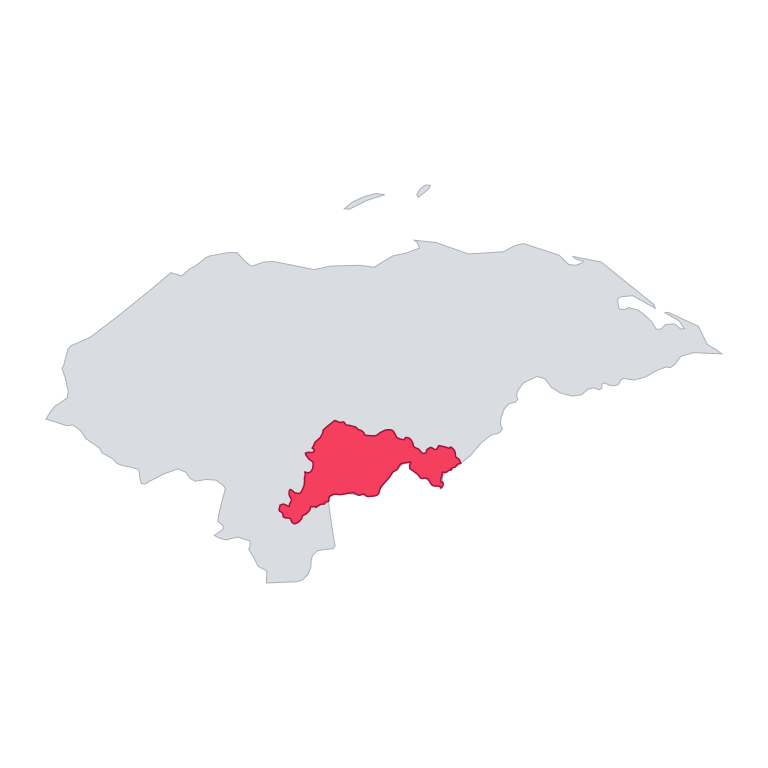 location of El Paraíso within Honduras
{"feature_id": "HND-662", "entity_name": "El Paraíso", "entity_type": "Department", "adm_level": 1, "iso_a3": "HND", "parent_name": "Honduras", "parent_adm1": "", "projection": "orthographic", "projection_center": [-86.385, 13.965], "detail": "fine", "context": "in_parent", "style": "filled", "palette": "rose", "viewbox_px": 768, "rotation_deg": 0, "n_neighbors": 0, "source": "natural_earth", "source_scale": "10m", "svg_char_len": 6177}
<svg xmlns="http://www.w3.org/2000/svg" viewBox="0 0 768 768"><path d="M721.9,353.9L693.9,352.6L680.8,356.3L675.1,364.2L670.1,367.7L666.0,367.0L657.6,370.1L645.0,377.2L633.6,380.0L623.4,378.4L620.5,380.2L619.7,382.4L618.2,384.7L614.3,385.9L609.7,385.3L604.6,382.9L601.9,384.0L601.7,388.5L598.9,389.8L593.7,387.7L587.8,389.4L581.4,394.8L572.2,396.1L560.4,393.0L551.2,387.2L544.7,378.6L536.9,376.4L523.4,383.0L517.7,390.6L516.5,395.2L517.9,399.3L515.4,402.1L509.1,403.6L504.3,408.7L501.1,417.6L500.4,424.4L502.4,429.2L499.3,432.8L491.0,435.1L481.3,442.7L470.1,455.8L458.9,464.9L447.7,470.1L442.3,475.8L442.7,482.1L442.1,484.0L439.9,484.8L436.3,485.7L414.7,472.0L408.5,462.5L403.2,464.0L396.4,468.8L386.9,479.5L376.7,494.1L371.7,495.7L346.2,493.6L332.7,494.8L329.9,496.8L328.6,502.1L329.4,509.3L333.1,535.0L335.1,545.5L333.1,548.8L326.2,549.3L317.3,550.8L312.4,555.6L311.2,560.6L310.7,567.6L307.9,574.7L302.3,579.9L296.8,581.7L266.3,583.0L266.9,571.1L258.1,566.3L253.1,556.3L248.8,549.6L250.2,545.6L249.8,540.8L237.4,537.1L225.8,539.9L219.1,538.0L214.2,535.4L222.7,529.6L223.3,526.0L220.6,523.4L217.8,521.7L218.7,515.0L220.5,507.2L225.3,488.9L223.6,485.7L215.9,480.1L206.0,479.5L195.2,481.2L190.0,478.3L185.5,472.0L177.8,468.9L164.1,473.8L149.6,481.3L145.1,484.0L141.4,483.6L139.8,477.9L139.2,471.2L138.3,469.5L130.6,467.1L121.6,465.3L117.0,463.4L112.7,458.8L102.0,452.8L99.7,448.3L85.4,438.2L82.5,433.1L79.3,429.5L72.4,424.8L67.0,425.8L48.8,419.9L46.1,419.3L48.7,414.3L54.5,406.6L67.1,398.1L68.3,391.0L65.2,377.5L62.0,368.8L63.8,364.9L67.9,349.3L71.0,345.7L89.1,337.9L90.8,336.9L105.2,325.9L121.1,313.7L137.6,300.3L156.1,285.3L166.3,276.5L171.0,272.7L181.5,275.9L189.8,268.8L194.7,266.4L205.9,257.9L209.4,256.0L228.2,252.6L237.2,252.7L245.1,261.5L251.4,266.3L263.3,262.2L273.2,261.4L314.2,269.6L330.5,266.1L360.5,265.3L373.9,267.3L392.9,255.8L405.1,253.5L419.5,248.1L417.5,242.6L414.1,240.2L435.9,242.5L468.5,254.0L503.2,251.8L515.6,245.4L523.7,243.6L559.3,255.3L568.7,264.5L576.0,265.3L581.7,263.2L583.2,261.2L576.2,259.3L573.0,256.5L601.0,261.9L654.2,304.8L655.3,308.3L632.6,295.7L620.7,296.8L617.6,298.9L618.4,305.9L619.5,309.2L624.6,309.5L628.4,307.6L637.7,309.8L643.9,314.4L651.5,321.4L656.1,329.1L660.9,329.2L665.6,324.5L674.6,323.8L680.5,329.0L684.6,328.6L678.7,320.6L665.0,312.7L668.3,312.3L698.5,326.4L707.3,344.5L714.4,348.5L721.9,353.9ZM367.1,200.3L349.7,209.1L344.3,208.9L352.3,202.1L365.1,196.3L375.9,193.5L384.8,194.7L367.1,200.3ZM426.4,190.9L418.2,197.4L416.7,194.5L420.6,188.5L425.6,185.0L430.4,185.3L429.3,187.9L426.4,190.9Z" fill="#d9dde1" stroke="#a8b0b8" stroke-width="1"/><path d="M460.7,463.3L459.7,463.5L457.4,464.3L456.3,465.9L455.3,467.0L451.4,468.2L451.8,469.3L451.5,469.5L451.2,469.5L451.0,470.1L450.4,470.1L449.4,469.8L447.2,471.8L445.8,472.4L443.9,472.3L442.8,472.1L442.2,472.7L442.1,475.1L441.0,478.5L440.6,480.7L441.0,481.7L442.6,482.2L443.3,483.5L443.0,485.2L442.1,487.1L441.4,487.8L441.1,488.0L441.1,487.9L440.9,487.9L439.4,486.2L437.2,486.0L434.6,486.1L432.2,485.3L430.5,483.2L429.4,480.9L428.1,478.9L425.7,477.9L424.2,478.0L423.2,478.4L422.2,478.6L420.7,478.1L419.9,477.4L417.6,474.2L409.8,468.6L409.5,465.6L410.7,463.2L410.7,462.0L402.4,463.2L400.9,464.0L399.6,465.1L399.1,466.1L398.6,467.2L397.9,468.6L396.6,470.0L395.3,470.7L394.0,471.2L392.8,471.9L389.1,477.8L381.9,485.6L380.2,488.3L379.3,491.7L378.7,493.4L377.4,494.8L375.8,495.6L373.8,496.1L368.1,496.5L367.3,496.4L366.3,496.0L365.7,495.6L363.9,493.8L362.3,494.0L360.9,494.8L359.3,495.3L357.3,494.8L353.7,492.7L349.4,493.0L340.5,494.7L335.7,494.1L333.4,494.3L330.9,495.5L329.7,496.4L329.1,496.9L328.9,497.6L328.7,499.1L328.6,501.1L326.9,501.8L326.1,502.0L325.3,502.6L324.4,504.0L323.7,504.1L322.8,504.1L321.0,504.3L320.1,504.6L315.9,507.4L315.4,506.5L312.2,506.8L311.6,506.6L310.9,506.4L310.6,506.8L310.3,508.8L309.8,509.9L309.0,511.1L307.2,513.0L306.0,513.9L305.2,514.5L303.6,515.0L302.3,516.1L301.9,517.0L301.7,518.7L299.2,521.6L295.8,523.5L295.1,523.8L293.7,523.6L291.8,522.1L290.9,519.9L290.8,518.9L289.9,518.2L284.9,517.8L283.3,516.9L283.0,515.5L282.6,513.4L281.9,512.8L280.9,511.7L279.7,511.3L279.0,509.9L280.1,505.1L283.5,504.0L288.8,506.3L289.3,506.4L289.3,505.9L289.6,504.0L290.5,502.2L291.3,501.0L291.4,499.2L290.1,496.9L289.5,496.0L289.2,494.8L289.1,493.2L289.2,491.6L289.3,490.8L289.5,490.3L290.3,489.5L291.9,490.2L294.4,492.5L295.3,492.9L297.9,493.4L299.7,493.4L300.2,493.0L302.0,490.6L304.1,485.5L304.6,480.3L304.4,478.1L304.7,476.6L305.2,475.5L305.3,474.6L305.2,473.8L304.8,472.1L308.6,472.8L310.4,471.9L311.6,470.5L312.8,468.2L313.2,463.8L313.0,462.5L312.7,461.8L311.9,461.3L308.9,459.1L306.0,455.2L305.4,453.2L307.7,452.3L309.2,452.3L311.0,452.6L313.3,452.3L314.4,450.0L314.3,449.6L313.8,449.0L313.2,448.7L312.3,448.4L312.2,448.0L312.4,447.5L313.6,445.8L315.0,442.2L320.3,437.5L322.4,433.8L323.2,430.1L326.8,426.7L334.9,420.4L339.6,422.4L340.2,422.5L341.3,422.4L341.7,422.2L342.0,422.1L343.1,421.9L343.6,422.0L344.0,422.2L345.1,423.5L345.7,424.6L346.1,425.1L346.6,425.3L347.4,425.1L349.7,425.4L355.8,427.1L358.0,429.3L358.4,429.6L360.9,430.3L363.0,431.8L363.5,432.4L364.0,433.1L364.6,434.7L365.1,435.1L366.1,435.4L374.2,435.9L375.5,435.8L376.2,435.4L378.7,433.9L379.7,432.9L380.3,432.5L380.9,432.2L381.5,432.0L382.7,431.3L384.3,430.5L386.4,429.9L387.5,429.7L390.3,429.8L391.7,430.1L392.7,430.6L393.7,431.7L396.6,437.0L397.4,437.9L400.5,439.1L403.2,439.7L404.1,439.6L404.6,439.2L405.0,438.3L405.2,437.9L405.6,437.6L406.1,437.4L406.6,437.5L408.5,437.9L409.7,438.5L410.8,439.5L412.2,441.7L412.8,443.2L413.2,444.8L413.4,445.8L413.9,446.7L414.8,447.4L419.0,449.3L421.2,452.2L422.4,453.2L423.2,453.4L424.6,453.3L425.4,453.0L426.0,452.6L426.3,452.1L426.4,451.6L426.5,450.4L426.7,449.9L427.0,449.5L427.3,449.2L428.5,448.6L429.0,448.3L429.4,447.9L429.9,447.6L430.8,447.5L431.8,447.7L433.3,448.7L434.3,449.3L435.8,449.5L436.5,449.4L437.0,448.9L438.2,446.3L438.7,445.8L439.4,445.7L444.6,446.8L448.7,448.1L449.5,448.2L449.8,448.1L450.0,447.3L450.5,447.1L451.5,447.4L453.2,448.9L454.2,450.1L454.9,451.5L455.4,453.8L455.4,455.1L455.6,456.3L456.0,457.1L457.1,458.0L458.0,458.5L458.8,459.1L459.3,459.6L460.7,463.3L460.7,463.3Z" fill="#f43f5e" stroke="#9f1239" stroke-width="1.5"/></svg>